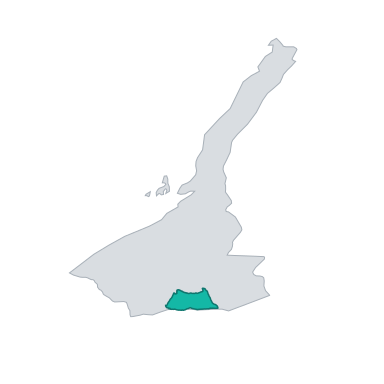 location of Forto, Gash Barka, Eritrea, rotated 254°
{"feature_id": "51966322B10188364788737", "entity_name": "Forto", "entity_type": "district", "adm_level": 2, "iso_a3": "ERI", "parent_name": "Eritrea", "parent_adm1": "Gash Barka", "projection": "equal_earth", "projection_center": [37.054, 15.822], "detail": "fine", "context": "in_parent", "style": "filled", "palette": "teal", "viewbox_px": 384, "rotation_deg": 254, "n_neighbors": 0, "source": "geoboundaries", "source_scale": "gbopen_adm2", "svg_char_len": 6593}
<svg xmlns="http://www.w3.org/2000/svg" viewBox="0 0 384 384"><g transform="rotate(254 192 192)"><path d="M71.2,238.1L70.0,223.7L69.2,214.1L68.4,204.0L67.6,194.4L71.1,188.6L72.7,183.0L76.9,164.9L78.6,161.3L81.9,151.6L82.4,148.8L85.6,136.5L85.3,128.4L84.7,120.2L86.4,115.4L88.0,111.5L87.9,108.3L88.6,100.6L89.1,98.7L91.1,98.6L95.1,99.6L98.0,98.8L101.4,98.8L104.0,98.6L105.5,96.3L107.6,87.4L109.0,85.6L110.0,85.0L113.0,83.4L115.6,80.8L117.6,79.0L118.4,78.6L120.6,78.4L122.8,77.3L123.8,76.0L126.6,75.0L129.3,75.6L131.1,74.5L132.3,73.8L133.7,73.7L135.0,72.7L135.5,71.1L136.3,70.1L138.4,67.8L139.4,66.1L139.8,64.5L140.2,63.1L141.1,60.9L144.8,55.2L148.0,51.9L159.2,80.5L163.8,97.4L167.9,115.1L170.9,141.6L173.8,155.2L178.4,161.9L181.5,174.5L184.2,175.0L186.2,178.5L189.5,190.4L192.0,194.8L193.2,191.0L193.0,188.8L192.1,185.1L192.9,180.4L194.8,177.6L199.0,181.4L201.4,184.4L202.0,190.2L203.0,193.4L207.5,200.3L211.2,202.3L216.1,202.8L220.2,204.3L223.5,206.8L229.6,213.8L243.6,219.9L255.0,238.7L261.7,251.7L283.7,271.5L287.5,281.0L289.5,290.2L294.1,289.8L302.1,299.9L304.4,307.7L310.9,310.5L312.0,305.9L315.1,309.7L316.4,315.5L312.3,317.8L307.8,319.8L307.1,319.8L305.6,322.4L303.5,329.8L301.2,331.9L299.9,332.1L292.8,325.2L291.7,324.8L290.1,326.2L289.0,327.6L285.7,322.4L283.3,317.8L279.8,312.3L276.6,309.9L273.0,306.8L269.5,299.6L266.0,291.7L260.7,285.2L250.9,275.9L241.9,264.1L235.0,251.7L230.6,245.3L228.7,243.7L219.6,239.6L213.2,234.0L208.3,229.4L205.3,228.1L202.4,228.0L196.2,228.9L191.0,226.0L188.8,226.0L185.4,225.1L182.7,224.1L179.5,225.3L173.0,227.4L170.3,227.0L168.8,224.1L168.0,221.8L165.7,219.5L163.8,219.5L162.8,221.6L156.0,226.8L144.6,229.7L141.9,229.5L139.9,227.4L134.1,218.5L132.4,217.0L131.1,216.9L128.5,215.8L126.0,214.1L123.8,210.4L121.6,208.4L119.2,215.5L115.1,228.1L112.9,234.8L110.0,243.4L109.1,243.7L107.6,243.1L101.9,232.3L98.3,228.2L95.7,228.6L93.7,230.6L92.5,234.2L91.2,236.4L89.7,237.3L86.6,236.9L81.8,235.2L76.9,235.5L71.8,238.0L71.2,238.1ZM205.0,166.4L206.5,169.0L207.6,168.7L208.4,167.9L209.0,166.0L214.9,169.7L214.5,172.1L211.1,172.3L207.0,171.2L203.3,171.6L198.9,170.5L197.8,166.4L200.7,168.4L202.1,167.9L202.4,167.3L200.3,164.5L197.5,164.0L197.7,161.7L199.0,160.9L199.7,159.8L198.1,156.8L201.3,157.4L203.3,159.3L204.6,161.4L205.0,166.4ZM202.5,147.2L203.8,152.0L200.1,150.1L199.5,149.1L201.1,147.2L201.4,146.1L202.5,147.2Z" fill="#d9dde1" stroke="#a8b0b8" stroke-width="1"/><path d="M101.7,150.5L101.6,150.4L101.4,150.5L101.1,150.5L101.0,150.3L100.9,150.2L100.7,150.1L100.4,150.1L100.3,149.9L100.1,149.9L99.5,149.7L99.4,149.5L99.2,149.4L99.1,149.5L98.9,149.6L98.7,149.4L98.6,149.1L98.6,148.9L98.5,148.7L98.6,148.4L98.6,148.1L98.6,147.8L98.8,147.6L99.0,147.2L99.4,147.1L99.6,147.2L99.8,147.0L99.9,146.9L99.8,146.7L99.7,146.5L99.6,146.4L99.4,146.3L99.3,146.2L99.2,146.1L98.9,145.9L98.4,145.5L97.7,144.9L97.4,144.6L97.1,144.4L96.9,144.2L96.7,144.1L96.4,143.8L96.1,143.4L95.7,143.0L95.3,142.2L95.1,142.0L95.0,141.7L94.9,141.5L94.8,141.4L94.6,141.3L94.4,141.0L94.1,140.8L93.5,140.2L92.9,139.4L92.6,139.0L92.5,138.9L92.4,138.7L92.2,138.5L91.9,138.3L91.7,138.1L91.4,137.8L91.3,137.7L91.2,137.6L90.9,137.4L90.5,137.0L90.2,136.8L90.1,136.6L90.0,136.3L89.9,136.1L89.9,135.9L90.0,135.7L90.2,135.4L89.9,135.3L89.6,135.3L89.4,135.3L89.2,135.3L88.9,135.4L88.9,135.5L88.7,135.6L88.3,135.7L88.1,135.7L88.0,135.8L87.9,135.8L87.8,136.2L87.8,136.3L87.6,136.4L87.3,136.6L87.3,136.8L87.3,137.0L87.1,137.1L87.0,137.3L86.9,137.4L86.7,137.5L86.1,137.7L86.0,137.8L86.0,138.1L86.4,138.4L86.4,138.5L86.2,138.8L85.7,139.0L85.3,139.1L85.2,139.2L85.1,139.4L85.0,139.6L84.9,139.9L84.9,140.3L84.8,140.7L84.7,140.9L84.6,141.1L84.4,141.6L84.3,141.8L84.3,142.0L84.2,142.5L84.2,143.0L84.0,143.3L83.8,143.7L83.6,144.0L83.4,144.2L83.2,144.5L83.0,144.8L82.8,145.2L82.7,145.4L82.6,145.6L82.5,145.8L82.2,146.4L81.9,147.6L81.6,148.3L81.5,148.5L81.4,148.9L81.3,149.1L81.2,149.4L81.3,149.7L81.3,149.9L81.3,150.2L81.2,150.4L81.1,150.5L80.9,150.6L80.8,150.8L80.7,151.2L80.7,151.9L80.7,152.8L80.7,153.1L80.7,153.4L80.8,153.7L81.1,154.5L81.1,155.1L81.1,155.5L81.0,156.2L81.0,156.5L81.3,157.6L81.3,157.9L81.3,158.2L81.2,158.4L81.1,158.8L80.2,159.7L78.4,163.1L78.2,163.6L78.0,163.9L77.9,164.1L77.7,164.3L77.6,164.5L77.3,166.4L77.2,166.8L77.0,167.8L76.5,169.8L76.4,170.3L76.1,172.1L76.0,172.3L75.8,172.9L75.7,173.3L75.7,173.8L75.1,176.1L75.3,177.1L75.3,177.4L75.3,177.6L75.1,177.7L75.1,177.8L75.0,178.1L74.8,179.0L74.8,179.3L74.7,179.4L74.4,180.4L74.3,180.8L74.2,181.0L74.1,181.4L74.0,181.6L73.6,182.8L73.4,183.5L73.4,183.8L73.3,184.0L73.2,184.5L73.2,184.8L73.4,184.9L73.5,184.9L73.8,185.0L74.1,185.0L74.3,185.0L74.5,184.9L75.0,184.9L75.5,184.8L75.7,184.7L75.9,184.5L76.0,184.4L76.9,183.9L77.1,183.8L77.2,183.7L77.3,183.6L77.4,183.4L77.8,182.7L78.0,182.4L78.3,182.1L79.3,181.3L79.8,181.0L80.6,180.8L81.0,180.8L81.6,180.7L81.8,180.6L82.1,180.6L82.3,180.5L83.1,180.3L84.4,180.3L85.0,180.3L85.3,180.3L85.8,180.1L86.2,180.0L86.9,179.8L87.2,179.7L87.7,179.6L87.9,179.6L88.2,179.7L88.5,179.7L88.8,179.5L89.0,179.4L89.4,179.4L89.7,179.4L90.4,179.3L91.2,179.4L92.2,179.3L92.4,179.3L92.8,179.0L93.0,178.9L93.2,178.6L93.4,178.5L93.5,178.4L93.8,178.3L94.2,178.2L94.7,178.0L94.9,178.0L95.0,177.9L95.4,177.8L95.7,177.6L95.7,177.4L95.8,177.2L95.9,176.8L95.9,176.7L96.1,176.6L96.3,176.3L96.5,176.1L96.5,175.9L96.5,175.7L96.4,175.4L96.1,175.4L95.9,175.4L95.6,175.4L95.3,175.4L95.2,175.4L94.8,175.4L94.7,175.4L94.4,175.3L94.2,175.4L93.8,175.2L93.7,175.1L93.5,174.8L93.4,174.5L93.4,174.2L93.4,173.9L93.4,173.7L93.5,173.3L93.5,173.1L93.4,172.5L93.4,172.3L93.3,172.2L93.2,171.8L93.2,171.5L93.2,171.2L93.2,170.8L93.2,170.6L93.2,170.4L93.1,170.1L93.1,169.6L93.1,169.2L93.2,168.9L93.3,168.8L93.3,168.7L93.5,168.6L93.6,168.4L93.7,168.2L93.8,168.1L93.9,167.9L93.8,167.7L93.8,167.4L93.8,167.2L93.8,166.7L93.8,166.4L93.9,166.1L94.0,165.8L94.2,165.4L94.3,164.9L94.4,164.5L94.5,164.1L94.7,163.8L95.0,163.5L95.1,163.3L95.2,163.1L95.2,162.8L95.3,162.5L95.3,162.1L95.2,161.9L95.2,161.5L95.3,161.2L95.3,160.9L95.6,160.3L95.7,160.1L95.8,159.9L96.0,159.5L96.4,159.3L96.4,159.1L96.4,158.9L96.5,158.9L96.5,158.6L96.8,158.2L97.0,158.0L97.0,157.8L97.1,157.7L97.3,157.5L97.3,157.4L97.4,157.2L97.5,156.9L97.9,156.6L98.0,156.5L98.0,156.2L98.3,156.0L98.4,155.9L98.7,155.6L98.9,155.6L99.0,155.5L99.1,155.3L99.2,155.2L99.2,154.9L99.3,154.8L99.5,154.8L99.5,154.7L99.7,154.4L100.0,154.2L100.3,154.0L100.6,153.4L100.8,153.2L101.0,153.2L101.1,152.9L101.3,152.8L101.4,152.7L101.5,152.5L101.5,152.4L101.6,152.1L101.8,151.9L101.9,151.6L101.8,151.3L101.8,151.2L101.8,150.9L101.8,150.7L101.7,150.6L101.7,150.5Z" fill="#14b8a6" stroke="#0f766e" stroke-width="1.5"/></g></svg>